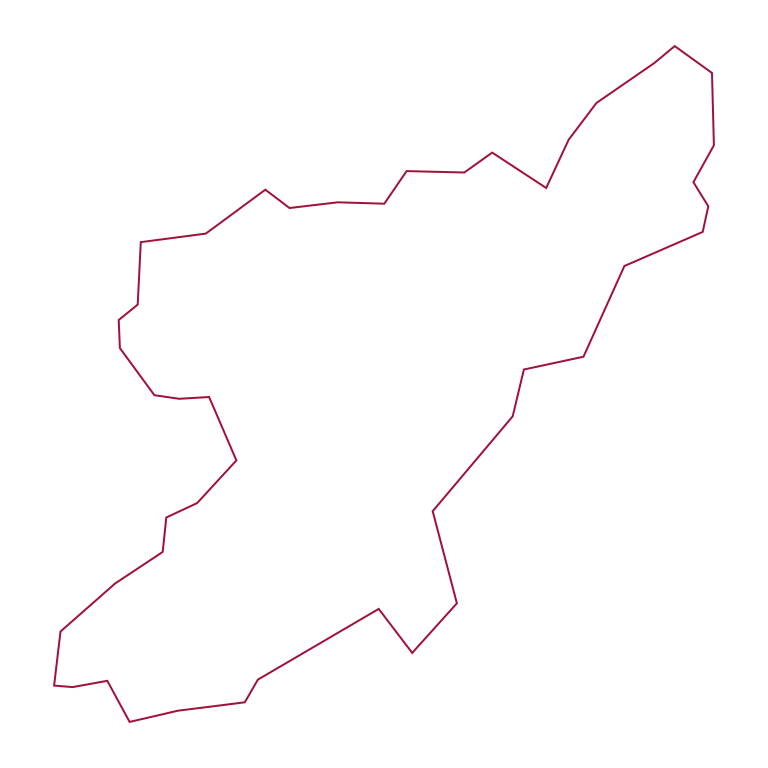 Përmet, Gjirokastër, Albania (Equal Earth projection), rotated 270°
{"feature_id": "67620474B23103740146981", "entity_name": "Përmet", "entity_type": "district", "adm_level": 2, "iso_a3": "ALB", "parent_name": "Albania", "parent_adm1": "Gjirokastër", "projection": "equal_earth", "projection_center": [20.353, 40.273], "detail": "fine", "context": "isolated", "style": "outline", "palette": "rose", "viewbox_px": 768, "rotation_deg": 270, "n_neighbors": 0, "source": "geoboundaries", "source_scale": "gbopen_adm2", "svg_char_len": 718}
<svg xmlns="http://www.w3.org/2000/svg" viewBox="0 0 768 768"><g transform="rotate(270 384 384)"><path d="M80.9,72.6L87.2,107.3L46.1,129.6L57.3,177.9L65.7,244.8L88.4,257.9L159.1,378.7L115.1,412.2L164.7,456.9L256.8,432.7L351.7,512.7L398.5,523.9L411.3,583.5L502.0,624.4L536.1,702.7L561.7,708.3L585.8,693.4L622.7,713.9L695.0,712.0L721.9,674.7L704.9,654.2L665.1,596.5L628.2,568.6L580.0,546.2L615.4,492.2L595.5,464.3L596.9,406.6L564.3,384.3L565.7,337.8L560.0,289.5L578.3,265.3L534.4,205.8L525.9,140.8L463.4,137.7L448.0,118.7L419.9,119.9L372.8,154.4L369.2,179.3L371.0,209.1L307.6,236.4L265.0,197.2L250.5,166.3L216.1,162.7L184.5,115.1L136.5,60.5L82.4,54.1L80.9,72.6Z" fill="none" stroke="#9f1239" stroke-width="2"/></g></svg>